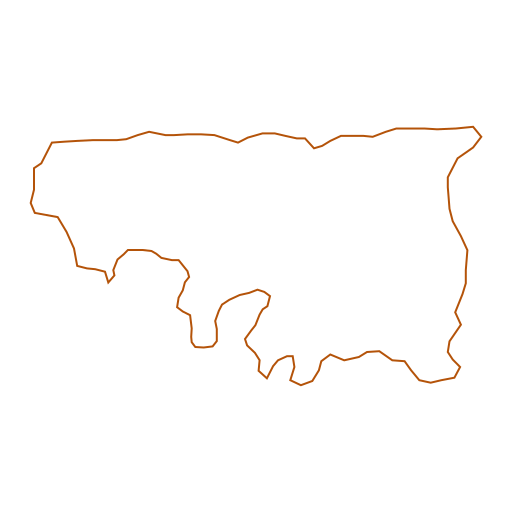 Mandres Lefkosias, Cyprus (Natural Earth projection)
{"feature_id": "46923920B85136596681423", "entity_name": "Mandres Lefkosias", "entity_type": "district", "adm_level": 2, "iso_a3": "CYP", "parent_name": "Cyprus", "parent_adm1": "", "projection": "natural_earth1", "projection_center": [33.366, 35.223], "detail": "fine", "context": "isolated", "style": "outline", "palette": "amber", "viewbox_px": 512, "rotation_deg": 0, "n_neighbors": 0, "source": "geoboundaries", "source_scale": "gbopen_adm2", "svg_char_len": 1779}
<svg xmlns="http://www.w3.org/2000/svg" viewBox="0 0 512 512"><path d="M108.3,282.5L114.4,275.4L113.3,270.1L117.5,259.5L123.8,254.2L127.9,250.0L142.6,250.0L151.5,251.0L156.2,253.7L161.4,257.9L171.8,260.1L178.6,260.1L187.5,271.2L189.1,277.0L184.9,282.3L182.8,290.3L178.6,297.7L177.1,307.2L182.8,311.5L190.1,315.2L191.7,328.4L191.2,336.9L191.7,342.2L195.3,347.0L203.7,347.5L212.6,346.4L216.8,341.1L216.8,329.0L215.2,321.0L218.8,310.9L222.0,304.6L229.3,299.8L239.7,295.0L249.1,292.9L257.5,289.7L264.3,291.9L270.0,296.1L267.4,306.2L262.7,309.3L259.6,314.6L255.4,325.2L251.2,330.5L245.0,339.0L247.1,345.4L254.9,352.8L259.6,360.2L258.6,370.8L266.9,378.3L273.1,366.1L278.0,360.3L287.0,356.2L292.7,356.2L294.4,367.0L290.3,380.2L300.9,385.2L312.3,381.0L318.9,370.3L321.3,361.2L330.3,354.5L344.2,360.3L358.9,357.0L367.0,352.0L379.3,351.2L392.3,360.3L404.6,361.2L411.1,370.3L419.3,380.2L430.7,382.7L441.3,380.2L454.4,377.7L460.1,367.0L452.7,359.5L447.8,352.0L449.5,341.3L460.9,324.7L455.2,312.3L462.5,294.1L465.8,283.3L465.8,270.1L467.4,250.2L460.9,236.1L452.7,221.2L449.5,208.8L448.6,197.2L447.8,187.3L447.8,177.3L457.6,158.3L473.1,147.5L481.3,136.8L473.1,126.8L456.0,128.5L437.2,129.3L424.1,128.5L407.0,128.5L396.4,128.5L385.8,131.8L372.7,136.8L363.7,135.9L351.5,135.9L340.9,135.9L330.3,140.9L322.1,145.9L314.0,148.3L305.0,138.4L296.8,138.4L285.4,135.9L274.8,133.4L262.5,133.4L247.8,137.6L238.0,142.6L229.9,140.1L214.4,135.1L200.5,134.3L188.3,134.3L174.4,135.1L165.4,135.1L149.1,131.8L137.7,135.1L126.2,139.2L117.2,140.1L106.6,140.1L93.6,140.1L77.3,140.9L64.2,141.7L51.9,142.6L41.3,163.3L34.0,168.2L34.0,180.6L34.0,189.7L30.7,203.0L34.8,212.9L57.7,217.1L66.6,232.0L74.0,248.5L77.2,265.9L87.0,268.4L95.2,269.2L105.0,271.7L108.3,282.5Z" fill="none" stroke="#b45309" stroke-width="2"/></svg>